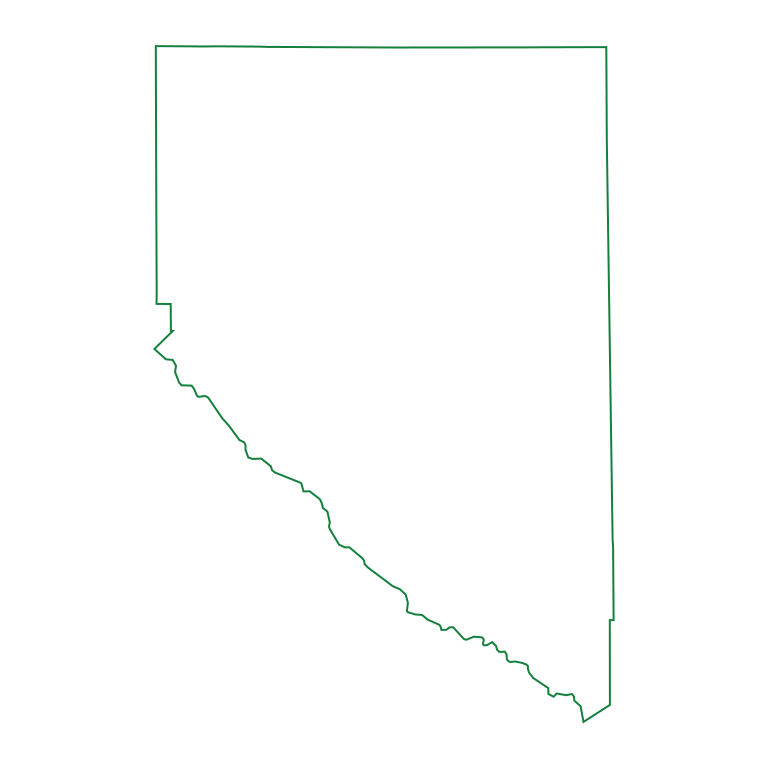 outline of Hudspeth, Texas, United States of America
{"feature_id": "52423323B39607492205238", "entity_name": "Hudspeth", "entity_type": "district", "adm_level": 2, "iso_a3": "USA", "parent_name": "United States of America", "parent_adm1": "Texas", "projection": "albers", "projection_center": [-105.436, 31.316], "detail": "fine", "context": "isolated", "style": "outline", "palette": "green", "viewbox_px": 768, "rotation_deg": 0, "n_neighbors": 0, "source": "geoboundaries", "source_scale": "gbopen_adm2", "svg_char_len": 1608}
<svg xmlns="http://www.w3.org/2000/svg" viewBox="0 0 768 768"><path d="M609.9,704.9L609.8,620.1L613.6,620.1L613.1,546.8L612.6,539.3L606.8,139.2L606.3,47.1L540.1,47.3L539.4,47.3L523.0,47.4L517.4,47.4L516.8,47.4L510.4,47.4L509.5,47.4L508.0,47.4L409.3,47.5L394.0,47.5L393.4,47.5L393.1,47.5L267.0,46.9L259.0,46.6L215.8,46.3L202.4,46.5L196.4,46.4L155.8,46.1L156.3,204.8L156.7,293.2L156.5,303.9L170.7,304.0L170.9,331.0L172.7,331.0L154.4,349.0L165.9,359.3L172.7,359.9L176.0,365.8L175.1,372.1L179.1,382.6L181.6,385.3L191.6,385.6L193.8,388.5L197.3,396.3L199.0,396.8L205.3,396.0L208.1,397.5L222.1,418.1L229.2,426.1L239.5,440.1L244.3,442.4L245.6,445.5L245.5,449.8L248.3,457.5L252.4,458.9L261.2,458.6L270.9,466.3L272.0,470.1L275.1,472.6L300.6,482.8L301.5,483.8L303.5,491.4L309.7,491.3L319.8,499.2L321.7,503.0L322.9,507.9L327.4,511.6L329.8,522.4L329.0,526.6L329.9,529.2L339.1,544.7L344.9,547.4L349.3,547.3L362.3,558.2L364.2,560.9L364.6,564.2L368.3,567.8L392.8,586.2L399.8,589.2L405.7,594.5L407.9,602.9L406.9,611.0L407.9,612.2L415.0,614.4L422.1,615.0L427.6,619.6L439.3,624.8L440.3,626.0L441.5,629.9L446.2,629.9L449.6,627.3L453.2,627.3L464.1,639.2L466.6,639.7L473.8,636.7L482.2,637.4L483.8,639.6L483.0,643.4L483.3,644.9L484.6,645.4L487.5,644.9L492.1,642.1L496.0,645.9L497.1,649.7L499.3,651.9L504.9,651.7L506.5,654.2L506.9,659.3L508.0,660.8L510.2,662.0L515.4,661.5L522.5,663.0L526.6,664.7L527.9,666.0L527.9,668.7L529.0,672.5L533.2,678.0L548.3,688.1L548.4,694.0L553.7,696.7L556.6,693.5L566.3,695.2L571.9,694.0L573.9,696.5L574.3,700.6L580.6,706.3L583.5,721.9L609.9,704.9Z" fill="none" stroke="#15803d" stroke-width="2"/></svg>